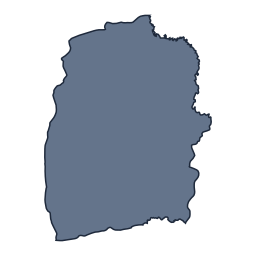 Romeas Haek, Svay Rieng, Cambodia
{"feature_id": "14789045B82732978056422", "entity_name": "Romeas Haek", "entity_type": "district", "adm_level": 2, "iso_a3": "KHM", "parent_name": "Cambodia", "parent_adm1": "Svay Rieng", "projection": "albers", "projection_center": [105.801, 11.431], "detail": "fine", "context": "isolated", "style": "filled", "palette": "slate", "viewbox_px": 256, "rotation_deg": 0, "n_neighbors": 0, "source": "geoboundaries", "source_scale": "gbopen_adm2", "svg_char_len": 5774}
<svg xmlns="http://www.w3.org/2000/svg" viewBox="0 0 256 256"><path d="M47.6,132.1L47.6,135.1L47.8,137.2L47.5,138.6L45.4,144.5L45.1,145.9L44.9,148.9L44.8,157.3L45.1,162.2L44.9,163.7L45.2,166.5L45.1,171.0L45.3,176.4L45.7,181.2L46.6,187.2L46.2,188.2L45.5,192.7L45.0,199.8L45.2,202.3L46.1,207.3L46.4,208.6L47.8,211.0L49.7,212.3L50.2,213.2L50.7,218.9L51.5,221.6L51.6,222.6L53.1,225.9L56.5,232.7L56.7,233.3L56.8,234.2L56.1,236.8L56.0,237.6L56.2,239.8L56.0,240.3L60.1,240.6L62.2,240.6L75.1,238.6L76.8,238.0L78.1,237.0L78.9,235.9L80.2,235.4L81.8,235.5L84.1,236.0L85.5,235.7L87.1,234.9L91.5,233.2L95.1,232.1L98.3,231.8L102.1,230.9L103.4,230.9L104.8,230.6L106.4,229.8L107.0,229.3L107.4,228.5L109.3,227.5L110.1,227.4L110.8,227.5L113.4,229.3L115.4,230.0L120.5,230.1L123.8,229.3L127.9,228.7L131.0,227.9L131.4,227.6L131.5,226.9L133.4,226.0L134.9,225.5L139.0,224.9L142.1,224.8L142.9,225.0L143.1,224.1L144.6,223.1L145.9,222.9L147.3,223.3L147.3,220.5L147.6,220.1L148.5,220.1L148.7,220.4L149.9,220.0L150.2,219.7L150.7,218.0L151.0,217.7L151.7,217.6L152.6,218.0L153.5,217.6L153.8,217.9L154.8,218.1L155.7,217.8L157.1,218.4L157.6,218.4L158.3,217.3L158.8,217.2L159.9,218.0L161.2,219.6L161.6,219.8L162.0,219.7L162.5,219.4L163.4,218.3L164.2,218.0L165.0,217.2L165.5,217.0L167.1,217.1L167.8,217.5L168.1,218.4L167.9,219.6L168.8,220.6L170.2,221.7L171.3,222.3L171.7,222.3L172.3,222.2L173.1,222.3L174.0,221.8L174.0,220.8L174.8,220.9L174.9,220.2L175.2,219.8L176.1,220.2L177.3,220.3L178.1,220.1L179.0,219.2L179.4,219.1L180.3,219.2L182.1,220.3L183.0,220.6L183.2,221.2L183.7,221.8L184.3,222.1L185.5,223.2L186.0,221.9L189.3,217.6L189.7,216.7L189.9,215.5L190.0,214.1L189.9,211.1L189.5,210.1L188.3,208.6L187.6,207.4L187.5,206.6L187.6,204.5L188.6,201.6L190.4,199.1L192.0,197.3L192.9,196.5L193.9,195.3L194.5,193.6L194.7,191.8L194.2,187.0L194.2,184.3L194.4,182.4L195.2,180.7L196.3,179.6L198.0,177.2L198.7,175.3L198.8,173.1L198.5,172.1L197.8,170.7L196.5,169.8L193.9,168.6L190.5,167.3L189.5,167.0L189.3,166.4L189.6,165.9L189.7,165.3L189.6,164.0L189.9,162.7L190.4,161.3L193.1,158.3L194.7,155.5L194.3,154.0L191.8,148.1L191.6,147.0L191.6,145.3L192.2,144.9L192.9,144.6L195.1,144.3L196.2,143.9L197.0,143.2L197.5,141.8L198.0,141.3L198.8,141.3L199.2,141.0L199.5,140.4L199.8,138.4L200.1,137.5L202.0,136.1L202.3,135.6L201.9,133.6L202.8,132.3L203.5,131.9L207.1,130.8L209.5,129.8L209.8,129.2L209.8,128.3L209.5,127.2L209.4,126.1L209.9,125.3L210.6,124.6L210.9,123.8L211.2,121.8L210.9,119.1L210.9,117.4L210.6,117.0L209.3,117.5L208.9,117.4L208.7,116.9L208.6,115.8L209.1,114.5L209.0,114.1L208.3,114.2L206.7,115.1L206.1,115.1L204.4,113.8L202.5,114.8L201.0,115.0L200.5,114.9L199.9,114.1L199.6,112.9L199.2,112.3L198.6,112.3L197.3,112.6L196.8,112.5L196.1,112.0L195.7,111.6L195.4,110.8L194.9,108.8L195.1,107.6L195.0,107.1L194.4,107.2L194.0,108.8L193.4,109.1L192.9,109.0L192.2,108.0L192.0,107.3L192.1,106.4L193.3,104.1L193.7,102.4L195.3,101.7L195.2,99.9L193.8,99.4L193.8,98.8L194.1,97.2L195.1,95.0L195.6,93.2L196.4,92.9L197.5,93.7L198.3,93.2L198.6,92.3L198.1,90.2L198.1,89.5L198.6,88.6L198.3,86.1L198.1,85.7L197.6,85.5L196.5,84.6L196.0,83.8L195.6,81.7L195.1,81.2L194.6,80.4L196.1,79.7L195.8,77.0L195.0,75.7L195.0,75.1L195.6,74.2L196.4,73.9L197.0,74.3L197.2,75.0L197.7,75.2L198.3,74.5L198.3,74.0L197.5,72.9L197.1,72.8L196.9,72.2L197.4,71.4L197.6,70.8L198.7,69.3L199.0,68.3L199.0,67.3L198.5,65.6L198.5,65.1L199.2,64.1L199.1,63.7L198.4,63.0L198.6,62.3L199.1,62.1L199.4,61.5L199.3,60.4L199.0,59.8L198.0,59.3L197.1,58.4L198.2,56.4L197.4,55.7L196.6,53.3L196.2,53.0L195.3,52.8L195.8,51.7L195.9,50.9L195.5,50.5L194.5,50.4L194.0,49.6L193.8,48.7L192.1,47.1L190.3,46.9L190.2,46.1L191.1,46.1L191.5,45.1L191.3,44.7L190.6,44.9L188.2,44.4L188.6,44.1L188.7,43.7L187.7,42.8L185.8,41.7L186.1,41.2L187.0,40.9L187.0,39.9L186.6,39.5L186.0,40.0L185.1,39.9L184.9,40.3L184.1,40.1L184.0,39.0L184.1,37.7L183.5,37.0L183.1,37.1L181.5,38.2L181.0,37.3L180.2,37.4L180.5,37.8L180.5,38.3L179.7,38.5L177.6,38.1L177.2,38.4L177.4,38.7L176.9,39.1L177.0,39.7L177.5,39.8L177.0,40.5L176.3,40.8L176.3,40.1L175.7,39.7L175.2,39.7L174.9,38.8L174.2,39.0L173.1,40.5L172.5,40.1L172.6,38.2L171.9,38.4L171.0,38.9L169.9,39.9L169.5,39.8L169.9,38.4L169.9,37.8L169.4,38.0L168.5,38.9L165.9,38.5L165.0,38.2L165.3,37.6L165.8,38.1L166.1,37.7L166.1,35.8L165.3,34.8L164.2,35.8L164.7,36.2L164.9,36.9L164.4,37.6L163.9,37.9L163.5,38.0L160.4,38.0L159.7,36.3L159.0,35.5L158.4,34.5L158.0,34.3L156.5,33.9L156.5,34.4L155.9,34.6L155.5,35.2L156.1,35.5L156.3,35.8L156.2,36.3L154.8,35.8L153.8,34.7L153.6,34.0L154.2,34.4L154.6,34.1L154.7,33.4L155.0,32.8L154.0,31.6L153.5,31.4L152.8,31.8L152.5,31.1L152.5,30.0L153.5,30.1L153.8,29.2L153.9,27.7L154.4,26.8L153.8,26.6L153.3,26.0L153.0,24.9L152.6,24.4L152.1,24.4L152.0,25.2L151.6,24.8L151.4,23.9L150.2,23.0L149.9,22.4L150.0,21.7L150.4,21.5L150.6,21.0L150.6,20.1L150.1,19.6L149.8,18.6L149.8,18.2L149.5,17.8L150.1,17.3L150.3,16.7L149.3,16.6L149.0,16.2L149.0,15.8L149.5,15.4L145.1,15.4L142.6,15.8L140.4,16.3L138.3,17.5L133.1,22.1L131.7,22.6L129.7,22.7L127.4,22.6L125.3,22.8L123.3,22.7L121.2,22.2L116.5,23.4L112.6,23.6L108.9,22.5L107.0,22.4L105.5,24.2L104.8,25.9L104.7,27.2L105.4,29.3L104.6,29.7L103.2,29.8L99.0,29.8L96.3,30.2L93.9,30.8L79.3,35.3L72.1,38.2L71.1,38.8L70.3,39.9L69.5,40.3L69.1,40.8L69.0,41.7L69.5,44.5L70.6,47.7L70.5,49.0L70.1,50.5L69.2,52.0L68.0,53.3L65.4,55.7L61.9,58.0L61.5,58.9L61.9,59.8L62.9,60.7L63.4,61.5L63.2,62.9L63.1,66.2L63.6,67.8L65.1,70.8L66.6,74.3L66.8,75.0L66.7,75.6L66.2,76.4L64.5,78.3L63.9,79.3L63.4,80.5L63.7,81.0L63.6,81.6L63.3,82.6L62.2,83.3L60.4,84.9L59.8,85.2L58.1,85.6L57.2,85.9L55.7,87.6L54.4,89.5L53.9,90.6L53.9,92.6L53.0,95.2L53.6,97.6L56.1,105.1L56.4,109.7L56.2,112.2L55.2,115.0L54.1,117.2L53.5,118.1L50.1,122.5L49.9,123.1L49.8,125.4L49.4,126.9L48.2,130.9L47.6,132.1Z" fill="#64748b" stroke="#1e293b" stroke-width="1.5"/></svg>